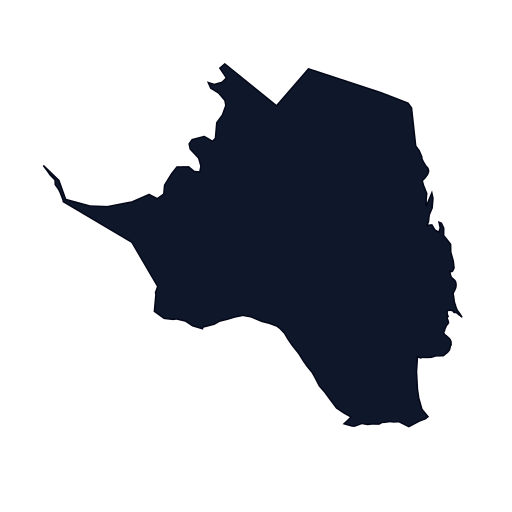 the district of San Cristóbal Lachirioag, Oaxaca, Mexico, rotated 350°
{"feature_id": "50627088B73044983414365", "entity_name": "San Cristóbal Lachirioag", "entity_type": "district", "adm_level": 2, "iso_a3": "MEX", "parent_name": "Mexico", "parent_adm1": "Oaxaca", "projection": "natural_earth1", "projection_center": [-96.168, 17.35], "detail": "fine", "context": "isolated", "style": "filled", "palette": "ink", "viewbox_px": 512, "rotation_deg": 350, "n_neighbors": 0, "source": "geoboundaries", "source_scale": "gbopen_adm2", "svg_char_len": 3795}
<svg xmlns="http://www.w3.org/2000/svg" viewBox="0 0 512 512"><g transform="rotate(350 256 256)"><path d="M432.4,175.3L434.9,137.2L432.3,131.9L407.2,116.7L340.2,80.8L302.3,111.6L258.6,61.4L253.0,64.7L257.8,75.5L252.8,79.0L244.7,79.8L239.1,76.9L240.6,82.9L247.5,89.0L252.4,97.4L252.4,102.6L247.4,111.3L240.5,117.9L236.5,133.0L233.1,135.5L225.8,129.3L213.3,130.3L209.6,134.0L209.8,139.3L216.5,149.6L217.4,157.9L215.2,163.5L209.8,162.0L209.7,161.9L205.2,156.5L193.6,154.6L187.1,160.4L178.3,170.3L177.5,173.2L175.9,179.0L168.7,182.4L161.4,176.8L142.5,181.4L142.2,181.3L141.0,181.2L118.3,181.6L101.3,178.0L78.4,167.2L75.0,147.3L62.3,129.9L62.8,131.1L66.0,137.4L67.1,140.0L69.1,143.0L71.0,145.8L71.3,146.2L70.7,150.8L73.2,156.1L74.1,159.1L75.8,167.9L75.6,169.0L136.1,220.9L153.9,268.9L150.7,274.5L150.7,276.7L146.3,292.8L154.7,301.5L163.2,304.0L166.8,304.2L175.2,307.8L181.4,313.7L185.4,315.7L190.6,318.3L191.5,316.8L197.0,316.4L203.0,315.9L208.6,313.9L216.9,313.3L224.5,312.4L232.8,312.2L240.6,315.1L250.3,321.4L257.6,324.7L264.4,328.7L267.0,331.5L270.7,337.1L272.9,343.0L276.1,350.1L281.2,359.5L284.6,367.9L287.1,373.3L290.1,378.7L290.9,380.0L291.9,382.7L293.3,386.8L295.8,394.9L300.2,402.2L301.8,405.5L304.0,410.0L305.5,412.9L308.9,419.7L314.7,425.3L316.9,427.2L320.1,429.7L321.5,431.2L317.2,434.2L313.6,436.5L320.8,440.0L323.4,440.7L331.1,439.3L336.6,441.3L341.2,441.6L347.9,442.9L351.3,441.8L353.9,442.1L359.2,442.3L362.5,443.3L368.0,444.0L376.9,450.6L388.3,446.9L394.6,445.7L397.5,444.1L392.8,435.8L391.6,424.2L391.9,415.0L392.9,406.8L394.0,397.7L396.5,387.5L397.5,383.3L400.4,385.0L402.2,384.7L404.9,385.3L408.1,385.8L410.9,386.2L415.8,385.6L418.3,386.0L418.9,386.1L423.2,386.7L427.9,384.1L430.2,382.1L430.5,381.5L432.0,378.1L432.8,377.4L432.8,376.5L433.2,374.6L432.8,372.4L432.2,371.1L429.7,367.8L428.3,366.3L427.8,365.3L427.7,365.1L427.6,363.7L427.7,363.3L427.9,363.0L428.1,362.9L428.3,362.7L428.6,362.5L428.7,362.3L428.9,361.8L429.5,360.4L429.9,359.8L430.2,359.5L430.5,359.0L430.6,358.9L431.1,358.0L431.6,357.4L431.8,357.3L433.1,356.2L433.5,355.7L433.9,355.3L434.1,354.6L434.0,353.6L433.7,352.0L433.5,351.1L433.6,349.9L433.7,349.1L434.1,348.8L434.7,348.9L434.6,348.3L434.3,347.3L434.3,347.0L434.4,345.0L434.5,344.5L434.6,343.6L434.8,343.3L435.0,343.1L435.3,343.0L436.0,343.0L437.5,343.1L438.0,343.3L439.0,343.4L439.4,343.7L439.8,343.9L440.2,344.2L440.4,344.4L440.5,344.6L440.6,344.9L440.9,345.3L441.1,345.7L441.2,345.9L441.5,346.1L442.3,346.2L443.0,346.3L443.6,346.7L444.0,347.0L444.6,347.7L445.2,348.6L445.4,348.9L445.6,349.1L446.2,349.6L446.9,350.3L447.2,350.7L448.1,351.8L448.4,352.2L447.8,351.2L447.7,350.8L447.6,350.5L447.4,350.1L447.3,349.6L447.1,349.2L446.9,348.7L445.9,346.5L445.5,346.0L445.1,345.1L444.8,344.2L444.5,343.6L444.3,342.1L444.0,341.3L443.9,339.4L443.9,338.9L443.7,338.1L443.6,337.5L443.5,336.8L443.4,335.8L443.4,335.1L443.4,333.9L443.5,332.5L443.5,332.2L443.6,329.4L443.6,328.3L443.7,327.0L444.2,326.2L445.1,325.0L446.1,323.7L447.3,321.7L447.8,320.1L448.1,318.9L448.1,317.7L448.1,317.0L448.1,315.9L447.6,314.8L447.2,314.1L446.6,313.3L446.0,312.6L444.7,310.9L444.5,310.3L444.4,309.3L444.2,308.1L444.2,307.0L444.2,306.4L444.3,304.9L445.2,305.0L445.6,305.3L446.2,305.3L446.3,305.3L446.5,305.2L447.1,304.8L447.1,304.7L447.7,304.1L448.0,303.6L448.4,303.0L449.0,302.1L449.4,295.1L448.5,286.0L449.7,278.3L446.9,273.0L444.4,268.5L444.6,267.2L445.7,261.2L444.3,255.9L442.1,254.5L442.3,260.2L440.2,264.3L436.7,261.4L434.6,255.9L429.7,255.5L431.8,252.2L433.7,245.6L437.8,239.3L438.7,236.0L440.3,229.9L440.1,224.4L432.2,236.8L433.3,230.3L435.0,224.1L433.2,215.3L432.8,210.7L436.2,208.3L437.3,207.2L439.2,205.4L440.8,202.4L440.6,199.5L438.9,196.8L437.3,192.7L436.3,189.3L436.5,187.2L435.0,180.6L433.9,178.5L432.4,175.3Z" fill="#0f172a" stroke="#020617" stroke-width="1.5"/></g></svg>